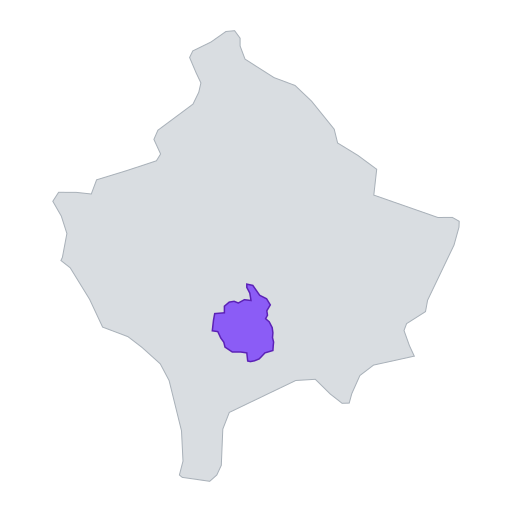 Kosovo, with Suva Reka highlighted
{"feature_id": "KOS-5910", "entity_name": "Suva Reka", "entity_type": "District", "adm_level": 1, "iso_a3": "XKX", "parent_name": "Kosovo", "parent_adm1": "", "projection": "mercator", "projection_center": [20.856, 42.352], "detail": "fine", "context": "in_parent", "style": "filled", "palette": "violet", "viewbox_px": 512, "rotation_deg": 0, "n_neighbors": 0, "source": "natural_earth", "source_scale": "10m", "svg_char_len": 1537}
<svg xmlns="http://www.w3.org/2000/svg" viewBox="0 0 512 512"><path d="M127.0,170.5L156.4,160.8L160.6,154.0L153.9,139.4L157.9,130.2L193.0,104.1L198.8,92.2L200.9,82.9L196.2,73.0L189.6,57.5L192.8,50.9L211.0,42.0L225.9,31.5L234.6,30.7L240.1,38.2L240.1,46.0L245.0,59.1L255.9,66.1L274.0,77.6L295.1,85.5L311.6,101.2L334.2,129.2L337.6,143.0L357.9,155.4L376.7,169.3L373.8,195.1L437.9,217.5L452.3,217.4L459.2,221.3L459.0,227.1L454.0,245.1L427.6,300.2L425.5,311.6L406.6,323.6L404.0,330.5L409.4,345.6L414.3,356.2L413.9,356.2L373.5,365.1L359.9,375.5L351.8,393.6L349.2,403.1L342.1,403.3L330.2,394.0L315.3,379.3L295.7,380.5L229.3,412.4L222.8,429.1L221.3,465.3L216.8,475.0L209.7,481.3L182.3,477.4L179.4,475.0L183.0,461.1L181.5,430.8L169.1,380.5L160.3,363.9L142.1,347.5L128.0,336.7L102.6,327.1L89.6,299.3L70.2,267.8L60.9,260.5L62.4,257.4L66.9,233.5L61.3,216.1L52.8,201.3L58.6,192.3L76.5,192.4L91.3,194.0L96.6,179.8L127.0,170.5Z" fill="#d9dde1" stroke="#a8b0b8" stroke-width="1"/><path d="M212.3,330.8L213.5,320.2L214.7,313.6L224.4,312.8L224.4,306.2L229.2,302.1L234.1,301.3L238.3,303.0L244.4,299.7L251.0,300.5L249.8,293.1L246.8,287.4L246.8,284.1L252.8,285.4L256.5,290.7L259.7,295.3L266.6,298.8L270.3,304.9L266.8,310.8L267.5,315.2L265.6,318.7L269.2,321.8L272.2,327.6L272.9,332.8L272.5,337.7L273.6,342.1L273.2,346.1L272.9,350.5L264.9,352.9L261.7,356.3L259.2,358.9L254.5,360.8L250.4,361.6L247.7,361.0L246.8,352.9L240.7,352.0L232.3,352.0L225.0,347.1L223.8,342.2L220.8,338.1L217.8,331.6L212.3,330.8Z" fill="#8b5cf6" stroke="#5b21b6" stroke-width="1.5"/></svg>